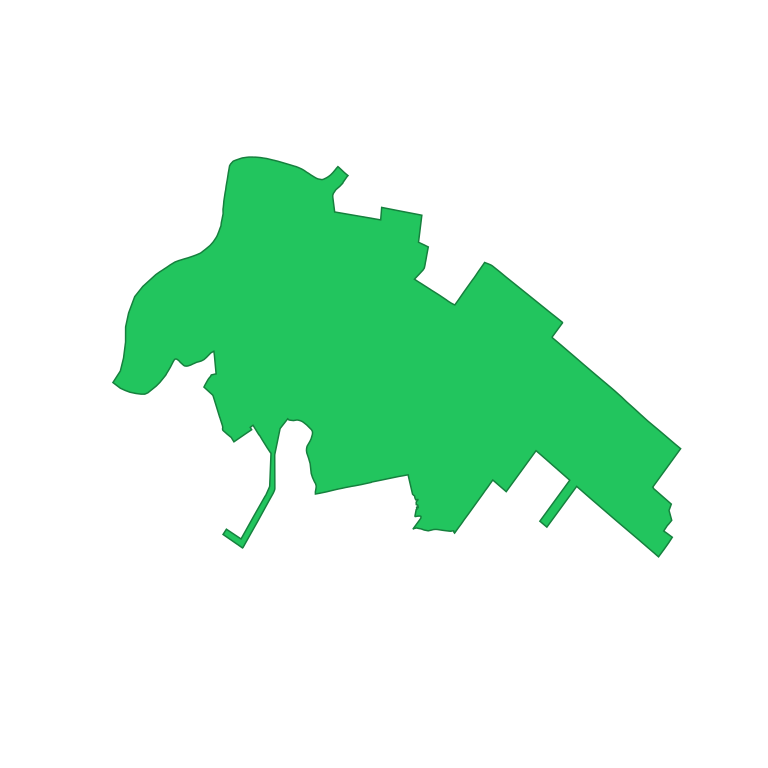 Vladeni, Ialomita, Romania, rotated 248°
{"feature_id": "2599482B22969685328670", "entity_name": "Vladeni", "entity_type": "district", "adm_level": 2, "iso_a3": "ROU", "parent_name": "Romania", "parent_adm1": "Ialomita", "projection": "natural_earth1", "projection_center": [27.826, 44.617], "detail": "fine", "context": "isolated", "style": "filled", "palette": "green", "viewbox_px": 768, "rotation_deg": 248, "n_neighbors": 0, "source": "geoboundaries", "source_scale": "gbopen_adm2", "svg_char_len": 6123}
<svg xmlns="http://www.w3.org/2000/svg" viewBox="0 0 768 768"><g transform="rotate(248 384 384)"><path d="M120.9,573.8L126.4,582.7L130.2,588.6L133.9,593.9L139.3,590.6L142.9,588.3L147.0,594.2L147.0,594.6L149.8,599.7L159.9,600.9L160.2,601.1L164.9,605.3L165.0,605.4L186.0,594.8L186.9,594.8L187.7,594.5L212.9,634.8L219.4,631.3L236.5,622.4L251.1,614.6L260.2,610.2L265.7,607.6L276.7,602.2L283.0,599.4L286.2,597.8L291.3,595.3L295.9,592.9L313.9,583.4L327.3,576.4L339.0,570.4L345.3,567.1L356.3,561.4L363.7,557.5L364.1,557.4L364.7,557.7L373.8,572.4L374.1,572.5L374.4,572.5L377.1,571.0L390.7,563.3L406.2,554.7L437.5,537.2L444.2,533.6L452.6,528.9L453.8,528.1L454.6,527.4L456.1,525.9L459.0,522.8L458.2,521.7L452.7,513.2L450.7,510.3L448.9,507.6L446.7,504.0L439.3,492.4L436.8,488.6L433.9,484.2L432.0,481.2L430.8,479.4L430.9,479.1L433.8,476.6L436.6,474.6L439.0,473.1L445.5,468.7L450.8,464.9L452.7,463.5L457.7,460.0L466.5,453.7L469.8,451.5L472.7,457.9L475.1,463.0L476.2,464.5L476.4,464.8L478.7,466.4L481.8,468.3L482.3,468.7L487.6,472.0L494.5,476.4L502.5,469.1L526.3,482.3L527.9,479.9L539.4,462.1L548.6,448.0L537.4,442.4L562.0,402.7L576.4,406.5L578.2,407.2L579.7,408.5L582.2,412.2L583.9,417.2L585.7,421.1L586.2,421.5L586.3,421.6L590.1,427.4L590.7,428.7L593.1,427.4L595.0,426.4L599.4,424.4L601.9,423.2L602.8,422.7L602.2,421.5L601.8,420.6L601.4,420.0L600.9,419.1L599.4,416.3L599.0,415.5L597.8,412.7L597.2,410.5L596.9,409.1L596.7,407.6L596.5,404.6L596.6,403.7L596.8,402.9L597.0,402.6L598.5,400.2L599.0,399.5L599.5,399.0L600.0,398.5L600.7,397.9L602.0,396.9L605.4,394.4L607.7,392.9L608.6,392.2L609.5,391.5L610.5,390.9L611.6,390.2L613.6,388.7L614.5,387.9L616.9,385.6L618.5,383.9L619.4,382.7L623.2,378.0L630.5,368.8L631.1,367.9L632.0,366.7L632.5,366.0L633.1,365.1L637.0,359.7L638.8,356.6L640.1,354.5L641.4,352.0L642.2,350.4L644.4,345.3L645.1,343.4L645.7,341.3L646.7,337.2L646.8,336.0L647.0,332.2L647.1,330.1L647.1,327.8L646.9,327.2L646.4,326.2L645.6,324.5L645.1,323.7L644.7,323.3L644.2,322.6L643.1,321.9L641.5,320.9L639.4,319.6L638.5,319.0L636.3,317.7L632.6,315.5L631.3,314.7L630.2,314.0L626.5,311.7L623.6,310.1L620.8,308.3L615.9,305.4L613.5,304.0L610.7,302.6L607.9,301.1L606.9,300.5L606.1,300.1L602.1,298.6L598.0,295.9L596.3,294.8L594.7,293.7L591.6,292.0L589.5,290.0L587.2,288.0L586.4,287.2L584.1,285.0L582.7,283.3L581.2,281.1L580.0,279.3L579.4,278.3L577.5,274.4L575.7,268.7L574.1,262.9L574.0,258.3L574.1,254.8L574.4,249.5L574.8,245.9L575.2,240.9L575.3,240.2L575.4,235.9L574.5,230.3L574.0,228.2L573.4,225.4L573.1,223.7L572.7,221.9L572.3,219.8L572.0,218.1L571.3,215.1L570.9,213.4L564.8,196.9L558.4,185.6L545.5,173.8L533.7,165.8L519.7,160.1L505.6,152.2L494.8,144.4L486.9,133.2L478.8,138.0L474.9,141.7L471.6,145.3L468.1,150.5L465.6,155.0L464.2,158.5L464.3,161.8L467.4,172.0L469.5,176.9L474.0,185.0L475.1,186.3L476.0,187.5L477.1,189.0L478.2,190.4L479.5,192.1L480.8,193.6L483.4,196.6L484.9,198.5L485.2,199.0L485.3,199.6L485.2,200.2L485.0,200.7L484.5,201.3L483.4,202.0L482.1,202.7L480.5,203.2L477.0,204.9L476.1,205.4L475.5,205.9L475.1,206.5L474.6,207.5L474.2,208.9L474.1,210.3L474.0,212.0L474.2,214.6L474.2,216.1L474.3,217.5L474.3,218.8L474.1,220.0L473.8,222.9L473.9,224.5L474.1,226.2L474.5,227.4L475.2,229.4L475.8,230.7L476.3,231.9L477.2,233.9L477.7,235.1L477.9,236.6L478.1,237.8L478.1,238.5L474.5,237.6L457.2,232.4L456.3,232.2L457.1,227.4L457.0,227.1L456.9,226.9L456.3,226.4L456.0,226.0L455.1,224.2L454.3,222.9L453.8,222.2L450.6,218.2L448.6,215.9L439.6,220.2L439.1,220.5L438.7,220.6L437.9,221.0L437.5,221.1L437.1,221.1L433.3,220.8L414.7,219.2L413.2,219.2L412.8,219.1L406.0,218.6L404.9,218.4L404.5,218.3L404.1,218.2L403.1,217.6L402.6,217.4L402.1,217.3L401.7,217.3L401.4,217.3L400.9,217.5L397.7,219.1L397.0,219.4L392.4,221.9L391.8,222.3L391.4,222.4L390.5,222.5L386.6,223.2L389.6,236.6L391.2,244.2L393.9,243.7L394.8,247.1L383.7,249.0L382.9,249.4L377.2,250.3L368.6,251.8L362.8,253.0L362.2,253.3L361.7,253.1L339.7,243.2L332.0,239.7L331.2,239.0L325.2,232.8L324.5,231.7L310.0,213.4L300.8,202.0L293.9,193.4L308.4,183.5L304.8,178.4L302.5,179.9L285.0,191.4L285.2,192.0L295.7,205.1L304.4,216.0L318.8,233.6L324.1,240.2L325.5,241.7L327.0,243.1L328.1,243.7L330.6,244.7L358.4,255.8L359.1,256.1L360.0,256.6L363.3,258.8L381.2,270.7L381.6,271.0L381.8,271.3L387.8,281.7L386.4,282.3L385.8,283.1L384.7,285.1L384.0,286.4L383.3,289.6L382.8,290.7L381.3,292.7L380.0,294.0L378.7,294.9L375.0,297.0L369.1,299.5L367.9,299.8L366.9,299.8L365.9,299.6L364.2,298.8L360.5,295.9L358.8,294.1L355.3,289.6L354.5,288.9L353.1,288.0L351.4,287.2L349.1,286.6L343.5,286.3L337.8,285.7L328.3,283.0L324.1,282.7L319.4,282.9L317.3,283.2L315.4,283.0L314.8,282.9L313.7,282.4L312.3,281.6L309.6,279.9L307.7,279.2L306.8,283.4L306.4,285.6L305.5,290.6L304.8,295.5L304.2,299.6L303.7,302.6L303.0,306.2L302.5,309.3L301.7,313.3L301.4,314.8L301.3,315.5L300.6,318.5L299.2,325.6L298.9,327.5L297.6,335.1L297.6,335.8L297.7,336.0L297.1,339.1L295.8,346.1L294.4,353.9L292.7,363.2L291.8,367.3L290.8,372.3L271.2,369.2L269.7,369.8L268.7,370.4L268.1,370.3L266.9,370.0L264.8,370.0L264.3,372.1L263.9,372.1L263.5,371.4L263.0,370.3L262.2,369.5L260.8,369.0L260.4,368.8L260.2,368.8L259.9,368.8L259.7,369.1L259.5,369.6L259.3,369.8L259.2,369.8L258.9,369.9L256.7,369.5L256.6,369.4L256.8,369.2L257.1,369.1L257.4,369.0L257.5,368.9L257.6,368.7L257.6,368.3L257.5,368.1L257.3,368.0L256.9,367.8L256.6,367.8L256.1,367.8L255.7,367.8L255.7,367.7L255.6,367.0L255.5,366.8L249.9,363.2L249.6,363.2L249.4,363.3L249.3,363.6L248.9,365.6L248.4,367.1L247.8,368.4L247.6,368.6L247.4,368.6L247.1,368.6L245.7,367.8L238.6,356.4L238.7,358.0L238.3,360.3L238.0,360.7L237.4,361.5L235.7,364.2L235.0,365.0L233.6,366.5L231.3,370.0L230.9,372.5L230.5,375.5L230.0,377.0L229.7,377.8L228.9,379.4L226.3,383.7L225.4,385.3L223.2,389.3L222.5,390.7L222.2,392.1L222.0,393.0L221.8,393.4L221.4,393.6L220.6,393.3L219.9,393.4L219.3,393.6L222.5,398.6L225.5,403.5L228.2,407.6L232.2,414.1L240.4,427.1L244.8,434.1L245.9,435.8L247.1,437.6L248.3,439.6L249.9,442.2L251.5,444.6L254.2,448.9L238.4,457.0L265.2,500.0L258.6,503.4L225.2,520.2L198.4,477.1L190.3,481.4L216.9,524.3L200.7,532.5L169.8,548.4L145.2,561.3L120.9,573.8Z" fill="#22c55e" stroke="#15803d" stroke-width="1.5"/></g></svg>